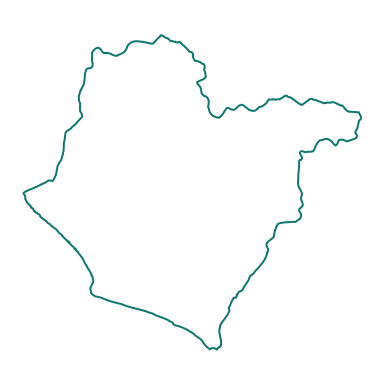 the district of Bengkulu Selatan, Bengkulu, Indonesia
{"feature_id": "22746128B78254403614329", "entity_name": "Bengkulu Selatan", "entity_type": "district", "adm_level": 2, "iso_a3": "IDN", "parent_name": "Indonesia", "parent_adm1": "Bengkulu", "projection": "robinson", "projection_center": [103.039, -4.359], "detail": "fine", "context": "isolated", "style": "outline", "palette": "teal", "viewbox_px": 384, "rotation_deg": 0, "n_neighbors": 0, "source": "geoboundaries", "source_scale": "gbopen_adm2", "svg_char_len": 5827}
<svg xmlns="http://www.w3.org/2000/svg" viewBox="0 0 384 384"><path d="M286.6,95.6L285.3,95.8L283.6,96.6L282.3,98.0L281.6,98.1L280.4,98.7L279.8,99.4L277.3,99.2L275.4,99.8L274.7,99.5L273.9,99.5L273.2,99.1L272.2,99.5L268.8,99.5L268.4,99.8L266.5,103.0L265.3,104.1L263.1,105.6L262.0,106.6L260.6,106.6L259.2,107.1L257.1,109.1L255.3,110.5L254.7,110.8L252.3,110.9L248.6,109.6L247.5,108.5L245.4,107.0L244.5,106.2L242.3,104.8L240.9,104.9L239.1,105.6L235.5,108.9L233.9,109.8L232.6,109.8L230.4,109.1L229.3,108.3L228.0,107.8L226.6,108.3L226.2,108.8L222.1,115.0L219.5,117.5L219.2,117.7L217.2,117.5L213.7,116.2L211.8,114.8L210.2,112.9L209.6,111.8L208.8,108.6L208.1,106.9L208.4,105.5L208.6,103.8L208.8,101.1L208.4,100.0L208.3,99.2L207.9,98.5L206.2,96.5L205.4,96.2L204.2,96.0L202.0,94.1L201.4,92.5L201.2,90.2L200.6,87.9L199.6,86.0L197.6,84.1L197.1,82.4L199.0,81.1L203.7,79.1L204.1,78.6L205.1,77.9L205.6,77.3L205.8,76.5L205.5,75.2L205.3,73.4L204.9,71.8L204.1,69.5L204.5,68.8L204.7,67.4L204.5,65.9L203.9,64.2L202.6,63.9L201.9,63.5L200.6,62.3L200.0,62.0L199.4,62.0L198.6,61.5L197.8,61.3L197.1,60.9L195.2,60.9L194.5,60.2L193.6,58.7L192.8,56.4L192.9,55.4L192.9,53.7L192.8,53.4L191.5,52.1L190.0,51.9L189.2,51.4L188.0,49.9L187.9,49.6L184.6,46.5L184.4,46.1L182.5,44.7L179.6,41.8L178.5,42.3L176.9,42.4L175.9,42.1L175.9,41.8L176.1,41.8L173.9,41.6L172.5,41.1L170.4,41.1L169.1,39.5L168.3,38.9L168.0,38.5L167.1,38.3L166.3,37.8L165.3,37.6L163.1,36.0L162.6,36.1L161.6,35.2L161.2,34.5L161.3,34.9L160.8,35.2L159.3,37.2L157.2,38.9L154.1,42.7L153.0,43.5L152.3,43.7L151.0,43.6L143.9,42.0L137.9,41.3L136.5,41.2L134.2,41.4L131.5,42.4L129.3,43.8L128.0,45.2L127.4,46.1L126.3,49.3L124.4,51.9L121.3,53.7L116.4,55.9L114.5,55.6L112.4,54.8L110.8,53.8L107.7,53.0L104.0,53.0L102.7,52.3L102.1,51.7L100.8,49.5L99.8,48.5L98.7,47.9L97.2,47.9L95.6,48.6L94.6,49.4L93.2,50.9L92.5,51.7L92.3,52.2L92.0,53.2L92.1,55.7L91.9,60.3L92.7,63.7L92.6,65.7L92.0,66.9L91.3,67.6L90.3,68.1L87.4,68.6L86.7,69.1L86.1,70.0L85.1,73.2L84.9,74.3L84.7,78.4L84.2,82.2L84.1,82.3L83.6,85.0L81.8,88.1L80.5,90.7L78.8,96.4L78.9,100.5L80.1,103.5L80.0,106.3L80.1,111.2L81.5,113.4L81.8,114.2L82.2,115.9L82.0,116.9L80.7,118.4L77.2,122.1L75.8,123.9L74.9,124.8L72.4,126.7L70.7,128.7L66.7,131.2L65.7,132.6L65.2,134.7L64.8,138.7L63.8,143.3L63.8,147.3L63.6,150.4L62.9,154.0L61.3,159.8L60.7,160.6L57.7,165.7L56.2,173.5L55.9,174.9L54.4,178.2L53.1,180.4L52.5,180.9L52.0,180.9L49.2,180.4L48.5,180.5L44.7,182.9L42.2,184.0L37.2,186.5L30.9,189.2L29.3,189.7L25.2,191.7L23.3,193.1L23.0,192.8L25.0,195.6L25.3,197.0L25.3,199.0L26.8,202.0L28.9,204.5L29.8,205.1L29.9,205.7L30.3,205.8L31.0,206.7L31.0,207.4L31.5,207.4L31.8,207.9L32.2,208.0L32.9,208.7L33.3,208.8L33.8,210.7L34.6,211.0L34.7,211.6L35.9,212.6L36.6,212.7L37.4,213.3L37.6,213.8L38.5,214.1L39.3,214.6L40.0,215.5L40.1,216.3L41.1,217.3L43.4,219.2L44.8,220.0L46.2,221.1L47.4,222.6L48.8,223.6L50.0,224.2L50.9,225.5L56.9,229.9L57.6,231.1L59.5,233.2L61.5,234.8L62.1,235.8L67.8,241.5L67.9,241.1L68.2,241.3L68.4,241.9L69.2,242.1L69.0,242.9L69.3,243.0L72.2,246.0L73.5,246.9L74.3,248.5L74.8,248.9L75.1,248.6L76.3,248.3L75.2,249.0L75.3,249.5L76.6,251.0L76.9,251.0L77.9,251.9L77.8,252.4L79.3,254.1L82.9,258.9L84.5,262.4L88.6,269.4L90.3,272.0L91.6,274.8L91.6,275.4L91.9,275.5L92.2,276.1L93.0,279.3L93.2,280.6L93.2,282.1L90.7,287.1L90.5,288.3L90.4,289.7L91.1,291.3L91.0,292.7L92.1,294.3L95.3,296.4L98.2,296.9L101.5,297.8L106.5,299.9L111.2,301.5L122.0,304.3L124.8,305.5L129.7,307.0L145.5,311.1L149.7,312.8L152.3,313.4L156.1,315.4L164.3,318.4L168.2,320.1L169.4,321.3L170.9,321.6L172.5,322.5L173.5,324.4L174.6,325.1L179.4,326.4L182.8,327.7L186.7,329.5L193.7,333.8L194.9,335.2L199.5,338.3L201.1,339.6L203.2,342.2L204.4,344.4L206.7,346.8L209.7,349.2L211.6,348.2L215.1,348.4L216.9,349.5L218.7,347.2L220.3,346.9L221.0,344.8L221.2,341.9L219.2,331.1L220.3,324.8L227.3,315.2L229.5,310.6L228.7,307.8L229.9,305.7L231.4,302.1L233.7,297.8L235.9,297.6L237.0,295.7L236.7,294.7L237.6,294.0L238.8,291.8L241.0,291.1L242.4,289.9L243.8,287.3L248.4,280.3L249.8,276.8L250.4,275.9L253.4,273.5L255.3,271.0L257.9,268.4L262.3,263.1L264.8,259.4L266.3,255.9L266.9,254.1L267.1,252.5L268.0,251.0L268.3,249.7L267.4,247.6L266.6,246.1L266.5,244.0L267.4,242.2L273.7,237.2L274.3,233.4L275.0,230.5L276.7,226.1L277.6,224.4L278.1,223.9L279.2,223.4L283.1,222.5L292.5,221.9L295.5,221.9L300.3,218.4L300.6,217.7L301.0,216.0L301.1,214.6L300.9,213.9L299.2,211.0L299.2,209.6L299.4,209.1L302.2,206.3L302.6,205.7L302.8,204.5L302.6,203.6L301.0,199.1L301.3,196.4L301.7,195.4L302.0,193.8L301.3,191.6L300.4,189.7L299.2,188.0L298.8,187.1L298.3,185.3L298.0,181.2L298.3,178.7L298.3,174.6L299.2,165.3L299.0,161.7L299.4,160.4L299.8,160.1L301.2,159.8L302.0,158.3L301.8,156.8L300.1,153.9L299.9,153.3L300.0,152.6L300.3,151.9L301.0,151.4L301.5,151.2L302.7,151.3L305.2,152.2L306.3,152.1L307.8,151.7L310.3,151.8L313.2,151.3L314.4,149.2L315.9,145.5L316.9,143.7L319.2,140.8L319.5,140.7L319.9,140.3L321.2,140.2L326.4,138.8L327.5,139.0L329.4,139.8L331.7,141.4L334.1,144.4L335.2,145.4L335.6,145.4L336.7,144.8L337.2,144.1L338.5,140.7L339.0,140.1L341.1,139.5L343.6,140.0L347.0,141.4L347.4,141.3L355.3,138.5L356.2,137.8L356.7,137.1L356.9,136.4L356.9,135.3L356.8,134.9L355.2,132.7L355.8,130.9L357.3,128.4L359.0,120.9L359.3,120.4L360.4,119.5L360.8,119.1L360.9,117.6L361.0,116.8L358.7,112.2L355.7,112.2L354.3,111.9L350.4,111.8L349.0,111.7L347.2,111.0L344.7,108.4L343.5,106.7L342.1,105.5L341.3,105.7L338.2,104.3L334.8,102.6L333.3,102.2L332.6,102.2L330.5,102.5L330.3,102.7L326.8,102.6L325.7,103.1L325.2,102.9L323.7,103.2L316.1,100.2L313.6,99.5L313.1,99.6L311.8,99.0L310.5,99.0L309.6,99.3L306.3,101.6L304.9,102.9L303.4,103.9L302.6,104.6L302.2,104.5L301.6,104.8L300.4,104.6L299.9,104.0L298.4,103.2L294.5,100.2L293.7,99.7L292.5,98.7L291.8,98.4L290.9,97.5L290.6,97.5L289.7,97.2L289.0,97.3L287.8,96.7L286.6,95.6Z" fill="none" stroke="#0f766e" stroke-width="2"/></svg>